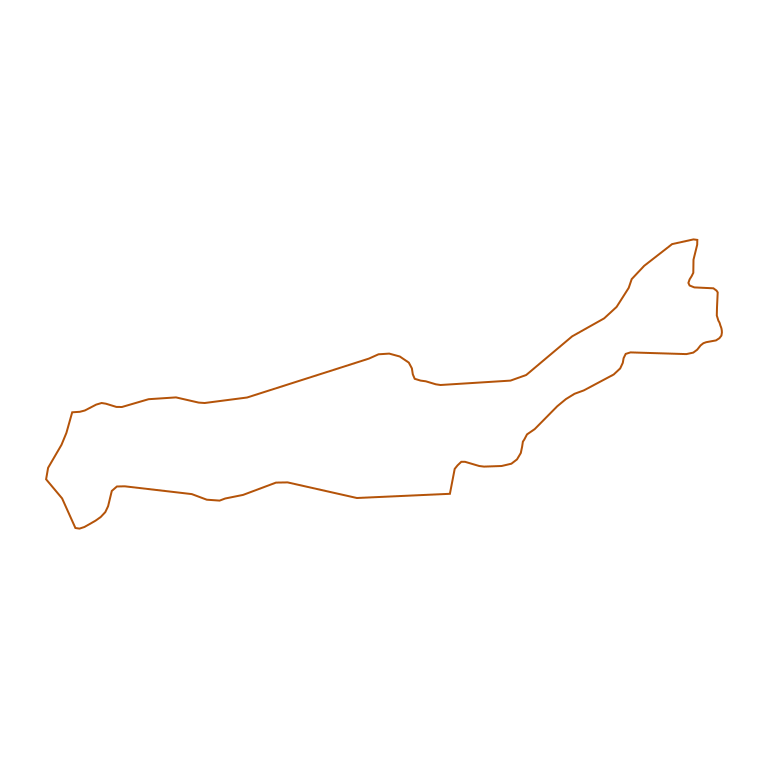 the Province of Tipaza
{"feature_id": "DZA-2198", "entity_name": "Tipaza", "entity_type": "Province", "adm_level": 1, "iso_a3": "DZA", "parent_name": "Algeria", "parent_adm1": "", "projection": "equal_earth", "projection_center": [2.473, 36.591], "detail": "fine", "context": "isolated", "style": "outline", "palette": "amber", "viewbox_px": 768, "rotation_deg": 0, "n_neighbors": 0, "source": "natural_earth", "source_scale": "10m", "svg_char_len": 1505}
<svg xmlns="http://www.w3.org/2000/svg" viewBox="0 0 768 768"><path d="M72.2,412.3L79.8,411.8L84.8,410.5L96.2,404.6L101.6,403.0L105.9,403.7L116.3,406.9L121.9,407.0L148.6,399.2L176.0,397.4L198.7,402.6L204.7,403.0L247.1,397.5L368.9,358.6L378.5,354.3L389.2,353.6L399.8,356.5L408.8,362.6L411.9,368.4L412.8,374.3L414.7,378.8L420.6,380.6L425.8,381.3L435.8,384.3L440.5,385.0L510.5,380.6L526.2,375.0L572.2,336.3L604.1,318.4L616.6,306.9L628.7,287.9L631.7,279.1L644.2,265.8L672.1,244.1L693.5,239.4L697.3,239.9L697.2,244.7L693.5,259.7L693.3,272.8L691.6,276.2L689.6,279.4L688.4,282.9L689.6,285.5L694.3,287.4L713.4,288.3L716.5,290.6L717.7,292.4L717.0,307.4L716.8,315.5L718.4,320.7L719.4,322.4L719.9,323.8L720.4,325.6L720.9,326.8L721.4,328.3L721.8,330.5L721.9,332.6L721.4,335.6L719.4,338.2L716.0,340.4L706.2,342.2L703.4,343.2L700.6,345.4L697.2,349.7L693.3,352.6L686.4,354.1L630.5,352.4L625.7,353.9L623.6,358.2L622.8,362.8L620.2,368.4L613.7,374.5L583.8,390.4L574.5,393.8L565.9,399.1L557.2,406.3L534.7,429.1L527.0,434.4L524.2,439.7L522.9,441.6L522.1,446.8L520.8,453.0L517.0,459.4L511.4,463.7L501.6,466.0L484.0,466.6L479.2,466.0L465.0,461.8L461.3,461.8L457.6,465.3L454.7,468.9L449.9,493.8L356.9,498.0L287.6,482.4L276.0,482.6L243.1,494.9L225.2,498.5L219.6,500.6L206.8,499.7L191.8,494.1L124.7,486.3L116.9,486.5L111.8,490.9L108.1,506.2L105.3,512.1L100.7,517.0L95.5,520.7L84.4,527.0L79.5,528.6L75.4,528.0L62.1,498.4L46.1,479.3L48.1,467.8L61.5,444.8L66.4,432.9L72.2,412.3Z" fill="none" stroke="#b45309" stroke-width="2"/></svg>